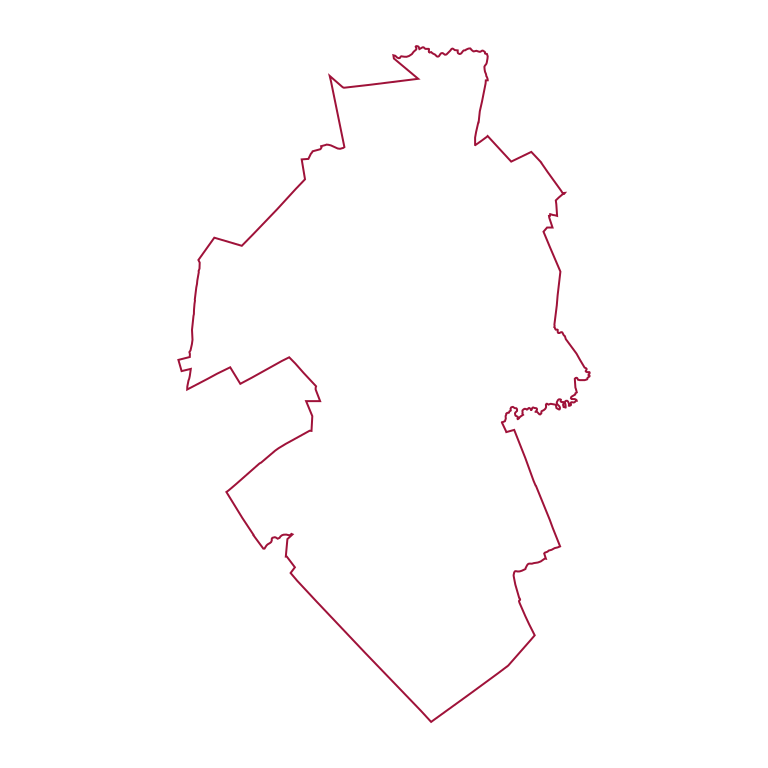 outline of Birda, Timis, Romania
{"feature_id": "2599482B65688424110437", "entity_name": "Birda", "entity_type": "district", "adm_level": 2, "iso_a3": "ROU", "parent_name": "Romania", "parent_adm1": "Timis", "projection": "natural_earth1", "projection_center": [21.351, 45.422], "detail": "fine", "context": "isolated", "style": "outline", "palette": "rose", "viewbox_px": 768, "rotation_deg": 0, "n_neighbors": 0, "source": "geoboundaries", "source_scale": "gbopen_adm2", "svg_char_len": 6025}
<svg xmlns="http://www.w3.org/2000/svg" viewBox="0 0 768 768"><path d="M431.1,721.9L468.9,694.6L496.9,674.1L508.2,665.6L530.8,639.9L534.7,635.3L529.1,624.2L525.4,616.3L519.5,602.8L519.0,601.1L519.3,600.4L519.9,600.1L520.1,599.6L519.7,598.4L519.2,598.0L515.3,584.5L513.8,576.8L513.6,575.2L514.2,572.4L514.8,571.5L515.2,571.2L516.2,571.2L517.7,571.5L519.7,571.4L521.9,570.7L525.1,569.2L525.5,568.9L525.7,567.9L527.0,565.4L527.7,564.4L528.5,563.8L529.8,563.6L531.9,563.7L533.9,563.1L537.9,562.5L540.8,561.4L544.9,558.5L545.9,558.7L544.2,553.5L544.8,552.7L547.5,551.7L548.7,550.6L551.6,549.8L554.7,548.1L557.7,547.4L560.1,546.4L552.8,528.1L549.8,519.9L535.9,485.7L535.6,485.6L533.6,480.9L525.3,458.0L514.2,429.9L506.3,432.1L505.8,430.7L501.9,422.5L502.1,422.1L502.8,422.1L504.9,421.2L505.8,418.6L505.6,416.1L506.3,414.4L506.2,413.8L506.7,413.2L507.6,412.8L508.7,412.8L509.0,412.5L509.4,411.4L510.7,410.6L510.8,410.4L510.5,408.8L510.9,407.9L511.2,407.4L512.2,407.0L512.9,406.9L514.7,408.1L516.4,408.3L517.0,409.2L517.1,410.1L517.0,411.0L515.3,412.6L515.0,413.4L515.3,415.2L515.6,415.7L517.6,416.7L517.9,417.6L517.5,418.7L517.7,419.1L517.9,419.1L519.0,418.3L519.4,417.5L520.9,416.2L523.1,414.8L522.4,413.7L522.6,412.7L522.4,411.0L522.5,410.4L523.6,409.3L524.8,408.8L526.0,409.0L526.9,409.6L527.5,409.3L528.5,408.2L529.2,408.0L530.4,408.7L531.0,410.0L531.4,410.0L531.9,409.1L532.3,408.0L532.7,407.6L533.3,407.5L534.5,408.0L536.2,408.2L536.8,408.6L537.0,409.7L536.6,410.7L535.6,411.6L535.6,411.8L537.0,411.8L539.4,414.3L540.2,414.4L541.3,413.4L541.3,412.3L541.6,411.2L543.8,410.1L545.2,408.9L545.7,408.1L546.1,407.0L545.9,404.8L546.5,403.8L547.2,403.8L548.4,404.6L550.4,403.9L551.2,403.9L555.2,404.6L555.9,405.2L556.2,407.0L556.5,408.1L558.8,409.4L559.5,409.4L559.9,408.8L559.9,407.4L559.7,407.0L559.4,406.3L557.6,404.6L556.9,403.4L556.8,402.3L557.8,400.3L558.6,399.5L559.2,399.3L560.4,399.4L560.9,399.7L560.6,401.2L561.1,401.8L561.9,402.1L563.2,402.0L564.2,402.4L564.4,402.9L564.2,403.2L563.2,404.1L563.1,405.1L563.6,406.3L563.5,406.8L563.6,407.0L565.6,407.5L565.7,407.3L565.5,404.7L564.9,402.4L565.2,401.4L566.1,400.8L567.1,400.8L568.0,401.5L569.0,403.7L568.9,405.7L569.5,405.8L570.5,405.4L570.8,405.2L571.0,404.5L570.7,403.3L571.0,402.5L571.8,402.2L573.8,402.5L574.7,402.1L576.2,400.7L576.7,400.7L576.5,400.1L575.7,399.5L574.8,399.1L571.6,399.0L570.9,398.2L571.2,397.1L572.0,396.4L575.2,394.5L575.4,393.3L576.8,392.4L575.9,389.0L575.4,387.6L574.8,378.8L575.6,378.0L576.5,377.8L577.2,378.1L578.0,379.7L579.6,380.1L584.8,380.1L587.0,379.4L587.3,379.1L587.4,378.3L587.6,377.8L589.5,376.4L589.5,375.7L588.6,375.3L588.5,375.0L588.6,374.5L589.5,373.5L589.6,372.9L589.6,372.4L589.3,372.1L587.0,372.1L586.1,371.7L585.7,371.1L586.6,369.4L586.6,368.9L586.0,368.2L584.6,367.6L579.9,359.7L576.5,353.6L565.8,339.1L564.9,336.2L564.1,335.6L563.5,334.8L562.4,332.6L561.9,332.2L561.5,332.2L560.8,332.3L559.5,333.0L558.3,333.0L557.7,332.0L557.7,329.9L557.2,329.6L555.7,329.6L555.1,328.7L554.7,327.3L554.3,327.1L554.6,325.8L554.4,324.6L556.8,305.3L557.6,295.6L560.4,271.6L550.0,247.3L543.5,231.7L547.1,227.5L552.5,227.5L549.3,217.8L549.0,215.9L550.0,215.8L550.2,214.2L553.0,215.0L555.1,215.3L557.1,215.9L556.3,204.1L555.8,200.4L558.8,197.5L562.1,194.7L562.7,194.2L564.1,193.9L564.9,192.9L562.6,193.1L561.1,190.7L547.6,172.0L540.9,162.3L541.0,162.2L531.3,151.9L511.2,161.6L487.6,136.0L487.0,136.7L480.9,141.2L475.3,145.1L475.1,145.0L475.1,137.6L476.1,132.0L478.3,122.4L478.6,122.4L478.8,120.8L479.8,111.3L482.0,101.6L485.6,83.4L485.8,80.4L487.7,80.3L487.6,79.1L487.0,77.2L486.4,76.3L486.0,74.1L485.0,71.7L484.6,69.4L484.4,66.8L484.9,65.7L486.2,64.1L486.7,62.9L487.5,58.5L487.7,56.3L486.9,53.9L485.3,53.7L485.0,53.3L485.0,52.3L484.7,51.8L482.8,50.6L482.0,50.7L480.5,51.7L479.7,51.8L478.4,51.5L476.4,50.8L473.8,51.4L473.3,51.3L471.7,50.1L470.4,48.5L470.1,48.4L468.4,48.6L466.1,49.6L465.5,50.2L463.6,50.5L462.8,51.3L461.3,53.3L460.5,53.8L459.7,54.0L458.6,53.6L457.9,53.0L457.7,52.2L457.7,50.4L454.8,50.1L453.1,48.8L452.3,48.6L451.5,49.0L450.2,50.7L446.5,54.4L445.6,54.7L444.9,54.7L442.7,53.1L441.3,53.2L440.4,54.0L439.1,56.0L438.4,56.5L437.5,56.6L436.7,56.3L435.2,54.7L432.5,53.3L431.2,52.1L429.6,52.5L429.0,52.1L428.8,51.3L429.0,49.6L428.9,49.0L428.7,48.9L425.6,48.9L425.1,48.7L423.6,47.3L423.2,47.3L422.6,47.3L419.4,49.1L419.2,48.7L418.9,47.4L418.5,46.7L417.8,46.3L416.6,46.1L416.2,46.1L415.7,46.7L416.4,48.5L416.2,49.5L413.6,51.8L411.9,54.1L409.0,56.0L406.5,56.8L404.1,56.7L401.4,56.3L400.7,56.6L399.8,58.0L398.8,58.2L397.2,57.6L395.3,55.8L393.4,55.3L393.9,58.5L418.2,78.8L369.9,84.8L344.4,87.7L343.4,87.6L342.2,86.8L329.7,75.9L331.0,81.4L344.4,147.1L343.3,147.9L340.1,148.8L337.7,148.5L330.9,145.4L328.5,144.8L326.5,144.6L325.6,145.0L321.1,146.2L321.5,147.5L320.4,149.2L312.6,151.3L312.2,152.2L310.8,153.9L308.4,158.9L301.7,159.4L305.0,179.3L295.9,188.8L277.2,209.2L253.3,234.1L241.8,245.8L214.3,237.7L198.4,260.0L199.7,262.6L199.5,268.6L198.6,271.1L198.8,272.1L197.3,280.6L197.0,283.9L196.3,287.4L194.8,299.6L195.0,300.6L194.5,303.8L194.0,309.9L193.9,314.1L193.5,315.8L192.0,329.9L192.5,339.8L191.9,344.2L190.5,350.4L189.4,352.1L189.9,353.9L189.8,357.0L178.4,359.9L181.6,371.1L190.8,368.9L189.8,375.9L189.2,378.7L188.5,380.5L187.3,386.6L187.2,389.5L207.7,378.8L217.1,373.7L230.2,367.3L240.3,383.8L251.6,377.8L281.8,361.0L289.2,357.3L295.3,363.5L303.5,372.8L316.1,386.3L315.7,387.5L315.6,389.2L315.8,389.9L320.1,401.1L306.1,401.1L312.3,416.1L311.5,430.9L309.7,430.7L285.7,443.9L278.6,448.2L275.1,450.7L261.0,462.7L260.2,463.0L259.3,463.7L259.2,463.7L235.6,484.5L228.5,490.5L226.4,492.0L242.3,517.9L253.6,535.0L253.4,535.2L263.3,548.6L264.5,548.6L266.4,545.6L267.6,544.4L270.0,543.0L271.2,542.0L271.8,540.3L271.7,539.0L272.4,537.8L274.9,537.2L276.0,537.6L277.7,538.7L279.6,537.8L280.5,536.4L282.1,535.2L283.7,534.7L286.3,534.6L288.8,535.2L290.4,535.1L291.4,533.9L292.5,534.4L287.4,539.1L285.8,556.6L286.8,556.6L294.9,567.3L290.6,573.0L297.3,580.9L316.6,601.6L364.9,652.6L421.0,710.9L431.1,721.9Z" fill="none" stroke="#9f1239" stroke-width="2"/></svg>